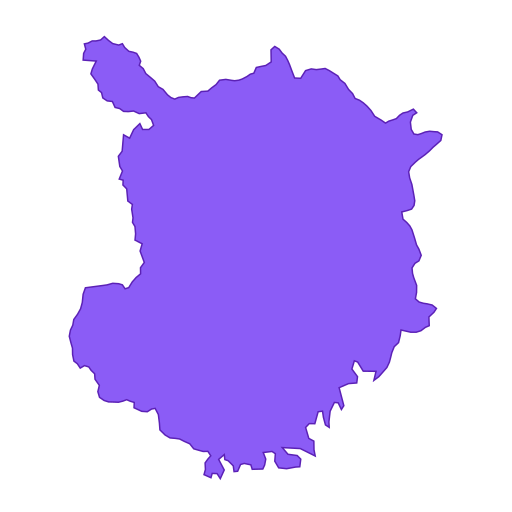 outline of Ipê, Rio Grande do Sul, Brazil, rotated 179°
{"feature_id": "56859067B62664054326026", "entity_name": "Ipê", "entity_type": "district", "adm_level": 2, "iso_a3": "BRA", "parent_name": "Brazil", "parent_adm1": "Rio Grande do Sul", "projection": "equal_earth", "projection_center": [-51.295, -28.718], "detail": "fine", "context": "isolated", "style": "filled", "palette": "violet", "viewbox_px": 512, "rotation_deg": 179, "n_neighbors": 0, "source": "geoboundaries", "source_scale": "gbopen_adm2", "svg_char_len": 4040}
<svg xmlns="http://www.w3.org/2000/svg" viewBox="0 0 512 512"><g transform="rotate(179 256 256)"><path d="M84.0,183.3L84.2,192.0L79.1,196.6L76.5,200.4L80.7,203.9L85.8,205.2L89.4,205.8L93.7,207.1L97.4,210.4L96.1,216.8L95.9,223.8L98.7,231.7L99.8,235.9L100.2,241.4L97.2,245.9L93.2,248.3L90.8,253.8L93.0,260.0L95.3,264.3L97.1,271.0L99.6,279.4L101.7,283.4L104.7,286.9L108.4,290.3L109.5,297.5L104.0,298.8L99.6,300.2L97.1,303.8L96.3,308.4L97.1,314.0L98.9,324.8L101.0,331.4L101.9,337.6L99.7,342.7L95.0,347.1L91.9,349.7L88.0,352.4L84.8,354.7L80.7,358.1L77.0,361.7L73.5,364.6L69.2,368.3L67.9,374.0L72.2,376.9L75.8,377.2L80.2,377.7L84.7,377.0L88.7,375.5L92.1,374.5L96.0,375.2L98.6,379.9L99.3,387.2L96.8,393.9L92.8,396.4L96.1,400.1L101.8,397.4L106.6,396.4L110.0,394.2L113.3,390.9L116.9,389.7L120.9,388.5L124.2,386.6L128.5,389.7L134.9,393.6L138.5,399.4L142.3,403.8L146.1,407.3L149.9,410.0L154.2,411.8L156.6,416.7L160.6,421.0L164.1,427.0L168.8,430.8L171.0,434.6L174.1,436.6L179.5,440.1L183.6,442.3L187.5,441.8L192.4,441.3L197.5,442.1L203.2,440.5L208.2,432.9L214.3,433.3L217.1,441.0L219.1,446.7L220.8,450.8L223.0,455.2L226.4,458.5L229.2,462.4L233.6,465.2L237.4,461.9L237.4,456.2L237.4,449.8L242.9,446.3L247.4,445.5L252.4,444.5L255.0,438.8L258.5,437.9L261.9,435.6L266.7,433.2L270.0,432.1L274.3,431.6L277.7,432.1L283.1,433.1L289.4,432.4L292.9,428.1L297.4,424.9L301.3,421.7L307.9,421.4L314.8,415.0L318.2,415.4L321.6,416.7L326.4,416.4L330.7,415.9L334.5,414.3L338.3,415.9L341.7,418.7L346.1,424.2L350.8,427.0L354.2,432.6L358.1,436.1L363.0,440.3L365.5,445.3L369.4,448.7L367.9,452.8L369.6,456.8L371.8,460.6L375.3,461.9L379.6,462.9L383.7,466.8L385.9,470.6L389.6,469.3L395.6,470.9L399.7,474.1L403.8,478.0L407.6,474.7L412.3,473.8L416.0,473.9L420.2,471.8L423.9,471.1L422.6,465.7L424.8,461.6L425.4,454.9L420.1,454.4L412.3,453.7L414.4,449.7L416.4,445.8L417.9,441.0L414.0,435.3L411.0,430.6L410.7,424.7L407.6,422.1L406.4,416.7L402.1,413.7L396.9,413.0L394.3,407.0L389.7,405.8L385.9,402.9L381.1,402.6L375.9,403.1L370.3,400.4L363.6,401.1L361.1,397.2L358.1,394.2L356.1,388.4L360.8,384.4L367.2,384.5L369.8,390.4L376.1,384.5L380.3,376.0L386.3,379.5L388.0,363.1L391.9,358.1L390.6,347.9L388.0,343.3L391.4,335.3L387.5,334.1L387.8,329.3L384.1,325.4L383.2,313.2L378.7,309.7L379.5,305.0L378.3,296.3L378.9,291.8L376.5,287.6L376.0,280.2L376.7,274.0L369.6,270.2L371.8,263.0L367.8,251.5L371.7,246.3L371.7,240.2L376.2,236.6L380.2,232.2L383.8,226.6L387.5,225.5L390.1,229.5L393.8,230.7L399.7,231.2L405.5,229.7L409.6,229.2L427.1,227.2L429.5,220.8L430.5,212.5L432.3,206.3L435.4,200.9L439.3,195.7L440.4,190.0L442.8,185.2L444.1,179.0L442.5,172.3L441.1,167.1L441.1,160.6L439.9,154.1L436.5,151.4L433.7,147.0L429.4,149.4L425.1,148.0L422.9,144.6L419.4,141.1L419.1,135.6L414.9,129.4L416.5,123.1L414.9,117.4L410.4,114.2L406.0,112.7L401.5,112.5L396.1,112.2L391.7,113.2L387.8,114.6L384.3,113.0L380.3,111.7L380.6,106.4L376.7,104.5L373.0,102.7L367.4,102.2L363.1,104.8L359.5,105.4L356.4,99.2L355.5,90.8L355.1,83.8L350.0,78.6L345.1,75.6L340.1,75.1L335.6,74.4L330.9,71.9L325.5,69.4L321.6,64.3L316.4,62.7L312.3,61.5L307.5,61.5L304.7,57.0L307.5,54.0L310.5,50.0L310.3,43.4L311.8,38.3L304.9,35.1L303.6,39.4L298.7,39.1L295.6,34.0L291.5,42.6L296.9,53.3L291.2,58.0L290.7,53.0L287.4,51.8L282.4,46.6L281.7,40.8L278.1,41.1L275.1,47.8L271.4,48.8L264.8,47.3L263.5,42.8L252.9,42.9L251.0,46.9L249.8,52.8L252.2,59.4L243.4,60.3L240.1,58.0L240.8,50.5L237.0,43.8L229.1,42.8L220.1,44.3L215.9,44.5L214.8,52.1L218.3,55.8L227.5,57.2L233.1,64.0L215.1,62.7L200.3,55.0L201.4,61.3L201.4,69.9L206.4,72.7L209.4,83.7L205.7,87.5L200.1,87.3L196.6,99.2L192.2,99.7L191.4,93.5L189.5,85.9L185.8,83.4L186.0,88.8L184.6,99.5L180.2,108.2L176.4,107.8L173.3,101.0L170.8,104.8L175.2,122.9L165.7,126.8L157.5,127.3L156.6,133.6L162.1,141.3L159.5,149.5L156.2,148.2L150.8,139.0L138.0,138.6L140.3,129.6L135.4,133.1L132.0,136.8L127.1,142.2L124.5,147.5L123.3,151.7L121.9,157.0L119.4,162.9L115.0,166.9L113.2,173.8L112.3,179.5L107.5,178.3L102.6,177.1L97.2,177.0L92.4,178.4L87.9,181.7L84.0,183.3Z" fill="#8b5cf6" stroke="#5b21b6" stroke-width="1.5"/></g></svg>